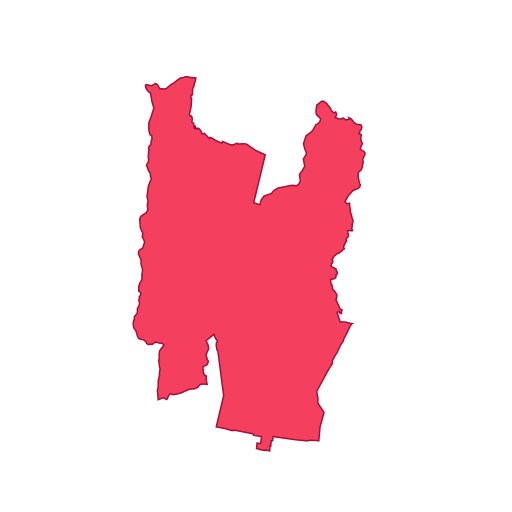 the district of Urechesti, Bacau, Romania, rotated 74°
{"feature_id": "2599482B92089902451538", "entity_name": "Urechesti", "entity_type": "district", "adm_level": 2, "iso_a3": "ROU", "parent_name": "Romania", "parent_adm1": "Bacau", "projection": "equal_earth", "projection_center": [27.054, 46.131], "detail": "fine", "context": "isolated", "style": "filled", "palette": "rose", "viewbox_px": 512, "rotation_deg": 74, "n_neighbors": 0, "source": "geoboundaries", "source_scale": "gbopen_adm2", "svg_char_len": 6127}
<svg xmlns="http://www.w3.org/2000/svg" viewBox="0 0 512 512"><g transform="rotate(74 256 256)"><path d="M442.8,294.2L437.7,292.3L438.2,291.1L438.0,290.9L434.3,289.4L443.4,268.9L447.7,258.2L448.1,254.8L450.0,248.7L451.0,246.6L438.1,241.6L425.1,233.7L415.7,236.7L414.5,236.9L412.5,236.6L410.2,235.7L403.5,235.0L402.5,234.6L385.1,217.5L381.9,214.0L381.0,212.6L377.6,211.3L376.8,210.6L372.9,206.7L371.6,205.0L365.2,199.5L362.0,195.7L359.7,194.3L355.0,189.7L349.6,185.0L347.6,182.7L347.5,182.3L347.0,183.5L344.8,186.9L343.2,190.8L342.7,193.3L332.5,193.6L332.3,191.3L333.6,191.2L334.5,190.7L334.9,189.7L333.7,189.5L332.5,188.9L331.7,188.0L329.9,189.9L326.3,190.2L320.1,191.2L317.6,189.6L315.4,188.9L310.7,190.4L309.8,191.4L308.7,191.2L308.0,191.4L307.7,191.2L304.4,191.0L302.8,191.4L300.6,191.3L300.4,190.9L299.2,190.9L299.1,190.0L299.5,187.0L298.7,185.3L296.8,184.4L296.3,184.5L296.4,184.1L295.6,182.8L293.7,182.3L292.3,183.0L291.3,182.6L290.2,182.8L286.7,186.8L284.4,185.8L284.1,185.0L283.5,184.3L282.6,184.1L282.2,183.5L280.3,183.7L280.0,183.5L279.8,182.7L278.3,181.8L277.5,180.6L277.5,179.9L276.6,178.6L276.1,177.2L276.2,176.6L275.9,174.5L275.3,173.9L275.0,172.4L273.5,170.0L273.5,169.0L272.0,169.4L269.8,168.6L269.8,167.8L269.1,167.7L268.7,167.0L267.9,166.6L267.2,165.5L267.1,165.0L266.4,164.7L265.1,164.9L263.8,164.2L263.4,162.6L262.1,161.5L261.1,161.4L260.7,161.2L259.0,161.4L258.3,161.0L257.1,161.1L256.8,160.5L257.8,158.2L258.3,156.3L257.6,156.0L257.0,156.9L253.1,154.9L252.7,155.2L249.5,153.2L247.6,152.9L245.6,153.2L243.2,152.9L239.7,153.1L236.2,152.3L233.5,152.2L231.5,151.4L231.0,151.6L230.9,153.9L230.7,154.3L228.4,155.5L224.0,151.2L222.6,149.3L220.3,145.4L219.8,144.9L219.2,139.0L218.2,137.3L217.0,136.3L216.0,136.1L214.2,136.5L208.9,136.0L204.7,134.9L203.3,133.7L202.6,131.6L200.1,129.4L197.9,128.5L195.4,127.0L193.5,127.0L192.3,126.7L188.8,123.6L187.2,122.8L185.9,123.1L185.1,123.6L182.4,126.3L180.3,125.4L177.2,122.6L175.4,123.2L173.4,123.1L170.6,122.5L168.4,121.3L166.8,123.2L166.5,123.2L165.5,121.9L164.5,121.7L163.4,119.9L161.3,118.8L159.6,118.7L159.1,118.9L158.3,120.0L157.0,123.1L156.3,123.9L155.8,123.9L154.3,125.3L152.7,125.7L150.3,126.8L148.7,128.5L150.1,128.3L150.0,132.3L147.3,134.3L147.5,136.1L147.8,136.6L146.9,138.9L145.5,140.3L145.0,141.6L144.6,141.7L142.4,139.4L139.5,139.7L139.8,141.1L139.6,142.0L136.0,143.9L134.6,143.6L129.7,145.8L128.8,146.0L125.6,148.7L125.5,148.9L125.8,149.6L125.4,150.3L127.7,156.0L133.1,158.4L136.7,159.0L141.9,156.0L144.4,157.6L145.9,159.9L146.4,162.3L151.1,167.1L152.7,170.4L154.2,174.7L161.1,179.4L166.0,179.6L171.0,179.1L173.5,181.1L175.8,183.8L183.2,184.4L187.0,188.4L189.6,191.8L196.1,192.7L198.7,195.1L199.7,197.9L198.3,200.7L197.6,203.9L197.3,210.0L196.7,216.2L198.1,221.0L200.1,223.8L200.6,231.9L203.5,235.5L207.8,238.2L204.1,243.5L161.3,219.2L154.2,227.4L146.0,234.1L144.7,236.5L144.7,237.6L144.4,238.1L143.4,242.3L142.3,243.3L142.7,244.5L142.5,245.2L142.9,246.7L142.6,248.3L142.2,249.0L141.9,250.5L141.6,250.5L136.6,256.7L138.1,257.6L135.8,260.7L133.1,263.6L131.1,265.1L129.9,266.8L129.4,267.6L130.2,268.4L123.7,272.0L124.1,273.0L123.4,274.4L121.2,274.3L117.5,275.8L117.0,277.3L117.7,277.5L116.9,278.5L116.4,278.6L116.9,279.4L116.8,279.7L115.9,280.2L114.7,278.7L114.4,278.6L114.0,280.0L113.3,279.5L111.4,279.7L111.1,279.4L110.9,279.9L110.4,280.1L110.0,280.6L109.3,280.6L107.1,279.6L104.6,279.2L103.4,279.7L102.8,280.9L101.8,281.1L94.6,277.2L86.6,274.4L86.0,275.2L83.3,273.8L83.7,273.2L82.9,272.4L78.6,271.1L77.2,270.3L74.7,268.2L73.5,268.1L72.3,266.9L68.3,264.7L66.3,269.5L66.4,270.4L65.8,270.7L64.3,273.7L64.3,275.3L64.5,276.9L64.0,279.5L65.2,283.0L67.0,287.4L67.5,289.3L67.5,289.9L70.5,296.6L69.9,298.8L68.7,302.4L64.2,303.5L62.5,304.9L62.9,307.2L63.5,308.4L63.6,309.5L61.0,314.1L61.4,315.2L63.8,315.6L66.6,314.9L69.0,313.7L70.1,312.5L79.3,313.5L85.7,313.4L90.2,316.5L92.0,317.5L97.7,321.8L99.0,322.5L104.7,324.1L107.5,324.5L110.5,324.3L111.4,323.0L114.8,323.7L116.7,325.2L119.2,326.0L120.4,327.1L121.0,328.5L122.1,329.3L125.4,330.1L131.1,332.3L134.0,332.7L135.8,333.5L137.7,335.6L139.2,336.4L140.7,335.9L143.8,335.9L146.2,335.3L147.5,334.8L149.8,335.4L153.3,335.4L154.7,336.9L159.4,340.3L167.5,343.8L167.9,344.1L169.6,344.6L170.9,344.4L173.8,344.7L177.1,346.5L181.5,347.1L181.9,347.6L183.0,348.4L184.3,350.0L185.4,353.9L186.1,355.5L187.1,356.8L188.0,357.3L189.2,357.8L197.1,359.4L203.0,358.5L206.3,360.1L209.3,359.4L211.2,359.3L212.6,359.5L213.8,360.6L217.2,362.7L218.1,366.3L219.1,367.4L220.5,368.2L223.8,368.2L227.9,367.5L231.9,368.7L237.9,368.8L243.3,371.1L246.5,371.8L247.2,372.2L249.9,375.0L252.7,377.0L256.9,378.3L257.7,378.2L259.0,377.3L260.3,376.9L261.4,377.6L263.3,379.7L264.2,379.5L266.3,381.0L268.2,380.8L269.4,381.0L271.8,382.4L273.7,384.5L277.0,385.4L278.4,386.2L279.1,387.0L280.6,389.6L282.8,390.2L285.8,392.3L288.1,392.9L290.6,393.3L292.2,393.1L293.3,392.5L294.9,392.1L301.0,392.0L303.4,391.2L305.7,387.1L307.9,385.6L308.6,385.3L309.4,385.4L311.2,384.3L311.6,383.5L311.7,381.3L312.5,380.3L311.0,376.7L312.1,374.4L313.0,373.1L314.1,370.4L315.7,369.0L317.3,370.5L319.2,373.2L321.1,375.1L324.6,376.5L327.1,377.0L330.0,378.5L332.0,378.6L335.9,379.4L337.2,379.2L339.0,379.7L341.8,381.1L343.9,381.6L348.8,384.3L355.0,386.2L358.6,388.1L361.3,388.4L367.2,389.7L366.7,384.8L366.9,384.0L369.3,381.4L368.6,380.5L366.2,378.5L365.1,377.1L365.0,376.5L365.6,375.1L366.6,373.4L367.0,369.2L366.9,365.0L366.3,361.1L366.1,358.9L365.6,357.3L366.8,351.1L366.3,348.7L365.9,347.7L364.1,345.3L364.0,344.1L365.0,340.6L366.0,338.4L360.8,337.9L359.0,337.4L357.7,336.7L356.7,338.0L354.2,338.7L349.6,338.0L347.7,337.2L347.5,336.1L347.4,334.0L347.1,333.1L344.7,331.1L344.1,330.8L341.8,331.3L337.7,331.3L336.9,331.1L331.9,326.9L327.6,326.6L325.1,327.2L323.8,327.1L323.2,326.3L320.2,319.1L319.6,318.4L319.6,318.0L323.8,317.7L327.2,316.5L329.2,318.3L331.2,318.9L335.3,319.4L337.1,318.9L381.3,325.6L409.3,341.3L413.2,333.6L417.1,327.5L417.7,325.3L417.3,325.0L426.2,307.8L427.6,307.8L431.1,300.5L437.6,303.3L436.0,306.5L441.3,308.6L442.8,305.6L443.1,305.8L445.5,300.8L445.0,300.5L447.2,296.6L442.4,294.9L442.8,294.2Z" fill="#f43f5e" stroke="#9f1239" stroke-width="1.5"/></g></svg>